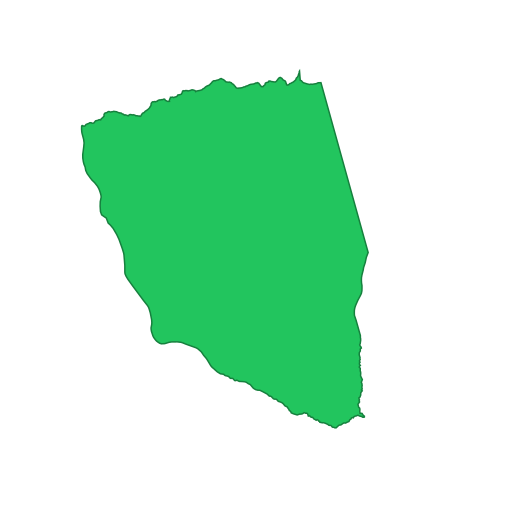 outline of Tunuyán, Mendoza, Argentina, rotated 67°
{"feature_id": "61730980B64785063825959", "entity_name": "Tunuyán", "entity_type": "district", "adm_level": 2, "iso_a3": "ARG", "parent_name": "Argentina", "parent_adm1": "Mendoza", "projection": "mercator", "projection_center": [-69.747, -33.613], "detail": "fine", "context": "isolated", "style": "filled", "palette": "green", "viewbox_px": 512, "rotation_deg": 67, "n_neighbors": 0, "source": "geoboundaries", "source_scale": "gbopen_adm2", "svg_char_len": 5968}
<svg xmlns="http://www.w3.org/2000/svg" viewBox="0 0 512 512"><g transform="rotate(67 256 256)"><path d="M445.8,218.8L444.6,219.5L442.3,219.9L441.4,221.7L439.2,221.1L438.3,220.5L436.6,220.0L435.4,220.6L432.3,220.1L430.8,217.7L429.6,217.7L428.9,217.0L428.0,217.0L426.8,216.7L426.6,215.6L425.0,214.0L422.8,213.0L421.6,210.9L420.5,211.3L419.9,210.2L418.0,209.8L416.9,209.0L415.0,208.4L413.4,208.4L411.3,206.4L407.2,206.6L405.0,205.5L403.6,205.0L402.6,205.0L400.1,203.9L398.7,204.4L397.9,203.8L397.5,202.7L396.2,203.1L394.8,202.6L394.4,201.7L393.5,201.9L392.7,201.6L392.1,200.6L391.2,200.5L390.1,199.9L387.3,199.6L385.5,198.8L384.8,198.0L384.2,197.1L382.4,196.4L381.9,195.0L380.9,194.9L379.3,195.3L378.3,195.3L377.5,194.4L374.7,192.7L373.0,192.0L371.9,191.8L370.0,191.0L354.4,189.0L349.1,188.6L346.7,187.7L344.3,186.6L342.2,185.2L340.2,183.4L336.6,179.6L333.3,175.5L331.6,173.6L329.4,172.1L327.0,171.0L324.6,170.0L322.1,169.4L319.6,168.5L317.2,167.4L315.0,166.0L310.8,162.8L308.7,161.5L304.7,158.0L300.4,155.0L296.6,151.4L121.8,128.5L120.8,131.2L120.9,133.1L119.9,137.2L119.2,138.4L119.1,139.5L117.8,141.4L115.0,144.7L114.1,145.2L112.4,145.7L111.5,146.6L102.8,143.7L103.0,144.0L104.3,144.7L105.5,146.0L106.5,146.5L106.7,147.0L107.5,147.9L108.1,149.5L109.2,150.4L109.5,150.9L110.5,153.9L110.4,154.7L110.7,156.4L110.5,157.5L111.1,158.9L110.9,160.5L110.3,160.9L109.0,160.7L108.4,160.9L107.7,160.6L106.4,160.7L104.4,162.3L102.5,162.8L101.1,163.9L101.0,164.9L101.4,166.0L103.1,168.9L103.4,170.2L102.6,171.8L102.0,172.6L101.4,173.7L100.4,174.7L100.0,175.8L100.1,176.1L100.6,176.3L100.8,176.8L100.5,178.0L100.5,179.7L100.9,180.2L101.6,180.5L101.9,180.9L102.4,182.6L102.8,183.1L102.9,183.5L102.4,184.1L102.2,184.9L97.9,186.0L97.6,186.3L97.4,186.8L96.9,187.1L97.0,188.0L96.6,189.0L96.8,189.8L96.7,191.0L95.9,193.9L95.8,195.3L96.0,197.3L95.7,198.8L96.0,200.0L95.6,201.2L95.7,202.6L95.4,204.1L94.6,206.6L94.7,206.9L93.8,208.2L93.3,208.6L92.5,208.8L92.1,208.7L91.1,209.2L89.2,209.7L88.6,210.3L87.7,210.8L86.9,211.0L85.5,212.5L85.2,213.7L84.4,214.9L84.1,215.5L83.2,216.0L82.6,216.1L81.0,217.0L79.9,218.1L79.2,218.5L79.0,218.9L79.0,220.5L79.2,221.2L79.1,222.1L78.8,224.0L78.8,225.0L78.2,226.3L78.4,227.9L79.1,229.0L79.8,230.8L80.4,232.0L80.4,235.0L80.7,236.6L81.3,237.9L81.4,239.5L81.9,240.8L81.7,242.8L80.8,246.8L81.1,247.2L79.9,247.5L78.6,249.0L78.1,249.8L77.9,250.7L78.0,251.9L77.7,252.8L77.7,253.3L77.4,254.3L76.8,254.8L76.6,255.5L76.3,255.8L75.9,257.9L75.4,258.4L75.4,258.7L75.9,259.5L76.5,259.8L77.9,261.5L77.6,264.0L77.2,264.8L78.2,266.5L78.2,267.6L78.0,268.4L78.0,269.9L77.5,270.3L77.0,271.0L76.9,271.9L76.5,272.7L77.0,273.0L77.9,274.1L79.3,275.3L79.8,275.3L79.3,276.7L78.6,277.5L77.3,278.6L76.0,278.8L75.6,279.4L75.6,280.8L75.2,281.8L75.0,283.0L74.7,283.5L74.5,285.0L74.6,285.7L75.0,286.4L74.7,287.3L74.9,288.1L74.2,289.0L74.1,290.0L73.7,290.8L73.7,291.3L74.5,292.8L76.6,294.0L77.1,295.0L77.5,295.4L78.3,296.6L78.9,298.3L79.4,300.6L79.4,301.2L80.3,303.1L80.2,304.0L80.3,304.8L81.4,306.5L82.1,307.2L82.2,308.2L82.0,308.5L81.4,308.8L81.3,309.5L80.4,310.7L80.0,311.8L79.1,312.4L78.5,313.1L78.4,313.4L78.0,313.8L77.9,314.6L76.8,316.1L76.5,317.0L76.7,318.1L77.1,318.5L76.9,319.0L75.2,320.9L74.9,321.4L75.0,321.8L74.8,322.2L73.7,322.6L73.2,323.4L71.7,324.3L71.2,325.2L71.2,325.5L70.8,325.8L70.1,326.8L68.8,327.9L67.2,330.5L67.2,331.4L66.9,332.3L66.7,333.6L65.7,334.7L65.4,335.4L65.4,336.1L65.7,336.8L65.6,338.1L65.4,338.9L65.5,339.4L66.2,340.5L68.0,341.3L68.2,342.1L68.6,342.6L69.2,344.8L70.0,345.7L69.9,346.2L69.2,347.1L69.3,348.5L68.9,350.9L70.2,353.3L70.2,353.8L69.7,355.0L68.8,355.8L68.4,357.0L68.6,357.9L68.5,361.0L68.8,361.6L69.3,362.3L69.4,363.0L69.4,363.4L68.9,363.9L68.8,364.6L68.0,365.0L68.0,365.3L68.6,365.9L71.1,367.0L73.4,367.8L75.1,368.2L81.4,369.1L84.8,370.1L88.0,371.8L95.0,375.9L98.3,377.2L101.8,378.1L104.5,378.5L107.2,378.5L110.7,379.3L114.2,379.2L119.5,378.0L122.1,377.3L125.4,375.9L129.8,374.7L132.4,374.4L134.2,374.4L137.0,374.6L139.6,375.0L141.3,375.5L145.1,378.1L149.2,380.0L154.3,381.8L157.8,382.0L160.9,380.1L162.5,379.0L168.0,379.2L170.5,378.0L174.8,376.7L181.9,375.8L187.3,375.6L197.2,376.2L201.7,376.7L203.4,377.1L213.6,380.5L219.5,383.0L221.2,383.5L223.8,383.5L227.4,383.0L235.4,381.2L252.8,377.0L259.0,375.3L260.7,375.0L262.5,375.0L267.0,375.5L274.0,377.0L276.6,377.9L278.2,378.7L281.2,380.7L282.9,381.3L284.6,381.7L289.2,382.1L291.0,382.0L293.6,381.4L295.4,380.8L297.0,379.9L298.6,378.8L299.8,377.5L301.0,374.3L301.5,369.6L302.2,367.0L304.3,362.0L306.1,358.8L307.2,357.5L309.8,354.9L317.1,347.0L318.5,345.9L322.6,343.9L324.3,343.5L327.0,343.0L330.4,341.9L332.1,341.5L339.3,340.5L341.0,340.0L347.5,336.9L350.5,334.8L352.3,331.9L353.3,331.6L354.1,331.0L355.4,329.2L356.3,328.2L357.8,327.8L358.7,327.2L359.6,325.2L362.3,324.3L362.8,323.4L362.8,322.2L364.9,320.4L366.4,317.3L367.4,315.5L368.1,314.6L369.0,313.9L370.5,313.0L372.1,311.5L376.4,310.2L377.3,309.7L378.9,308.5L380.2,306.8L381.1,304.9L383.4,302.9L387.4,299.7L390.2,298.5L390.6,297.5L391.4,296.8L394.1,295.8L394.9,295.1L395.3,294.1L395.9,293.2L396.8,292.8L397.7,292.6L398.6,292.2L399.9,290.6L401.5,289.2L403.1,288.5L405.1,288.0L406.0,287.3L406.8,286.4L410.1,285.7L411.3,285.7L412.1,285.1L413.0,284.8L414.1,284.9L415.9,283.2L418.4,280.2L418.6,277.4L419.1,276.5L419.4,274.8L419.0,272.9L420.1,271.8L420.6,270.6L421.5,270.2L423.8,270.4L424.1,269.0L425.3,268.7L426.1,268.0L426.7,266.9L428.8,266.3L429.7,265.4L430.7,264.8L430.5,263.7L431.6,262.9L432.5,262.8L433.2,262.1L434.0,262.2L435.4,260.2L435.9,258.9L437.0,257.6L439.2,255.6L440.1,255.2L440.7,254.4L441.2,253.3L442.1,252.9L442.9,252.8L443.7,252.2L444.1,251.2L444.9,250.7L445.5,249.4L444.2,245.9L444.3,244.9L444.7,244.0L444.0,240.8L444.3,239.7L444.8,238.8L444.6,237.1L444.7,235.2L444.0,234.3L443.3,233.6L443.2,232.3L442.4,231.5L442.4,230.4L443.0,229.7L442.2,228.6L442.1,227.4L442.4,226.1L442.3,224.8L442.8,224.0L443.8,223.2L445.1,221.4L445.9,221.0L446.4,220.2L446.6,219.2L445.8,218.8Z" fill="#22c55e" stroke="#15803d" stroke-width="1.5"/></g></svg>